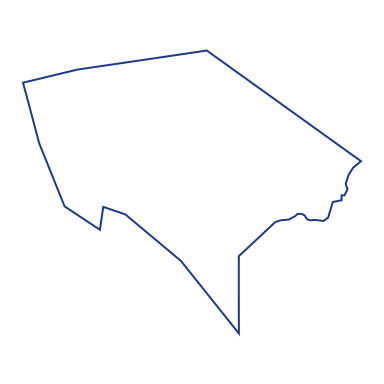 the district of Ravine Poisson, Castries, Saint Lucia
{"feature_id": "8701671B90050195307789", "entity_name": "Ravine Poisson", "entity_type": "district", "adm_level": 2, "iso_a3": "LCA", "parent_name": "Saint Lucia", "parent_adm1": "Castries", "projection": "mercator", "projection_center": [-60.965, 13.93], "detail": "fine", "context": "isolated", "style": "outline", "palette": "blue", "viewbox_px": 384, "rotation_deg": 0, "n_neighbors": 0, "source": "geoboundaries", "source_scale": "gbopen_adm2", "svg_char_len": 690}
<svg xmlns="http://www.w3.org/2000/svg" viewBox="0 0 384 384"><path d="M361.0,161.2L206.7,50.5L205.7,50.7L77.3,69.6L23.3,82.6L23.0,82.7L27.3,98.5L39.2,143.3L64.6,206.4L99.9,229.8L103.3,206.9L125.5,214.5L181.0,261.0L238.9,333.5L238.8,298.1L238.8,294.2L238.8,256.2L275.1,222.2L280.3,220.3L285.4,219.9L288.6,219.5L288.9,219.5L295.2,216.1L296.5,214.9L297.5,214.0L301.4,213.8L304.7,215.5L306.7,218.6L307.1,219.3L307.8,219.5L310.4,220.3L315.3,219.9L323.5,221.0L325.8,219.3L328.1,217.7L328.4,216.6L332.5,203.0L332.8,202.0L336.7,201.2L341.6,200.2L341.6,195.3L344.5,195.3L347.5,189.3L345.7,183.8L348.6,174.8L349.7,173.2L353.3,167.5L361.0,161.2Z" fill="none" stroke="#1e3a8a" stroke-width="2"/></svg>